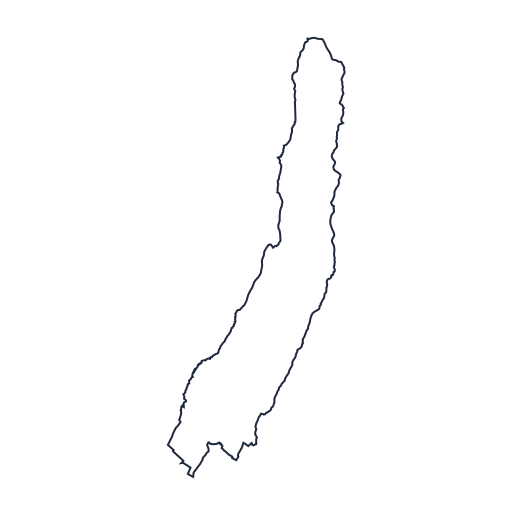 the district of Fitionesti, Vrancea, Romania, rotated 73°
{"feature_id": "2599482B51632245655784", "entity_name": "Fitionesti", "entity_type": "district", "adm_level": 2, "iso_a3": "ROU", "parent_name": "Romania", "parent_adm1": "Vrancea", "projection": "natural_earth1", "projection_center": [26.998, 46.013], "detail": "fine", "context": "isolated", "style": "outline", "palette": "slate", "viewbox_px": 512, "rotation_deg": 73, "n_neighbors": 0, "source": "geoboundaries", "source_scale": "gbopen_adm2", "svg_char_len": 6116}
<svg xmlns="http://www.w3.org/2000/svg" viewBox="0 0 512 512"><g transform="rotate(73 256 256)"><path d="M404.3,389.2L410.9,395.5L417.2,391.7L417.5,391.5L418.4,392.5L418.6,392.4L430.7,385.3L432.2,388.0L432.5,386.2L439.2,380.5L444.5,384.9L448.9,380.7L444.9,379.0L438.5,370.2L435.1,366.6L433.6,366.0L431.4,362.4L429.9,360.8L429.2,359.0L428.5,358.2L425.7,357.7L422.7,358.1L421.5,357.3L420.4,356.0L420.7,355.2L422.1,354.8L423.5,352.0L424.2,348.6L423.6,346.0L423.7,345.6L425.4,345.2L425.1,344.6L427.9,343.6L429.6,345.0L429.9,344.9L431.7,343.7L432.4,343.6L435.5,341.4L437.5,340.5L441.0,337.3L442.2,337.9L445.5,334.6L442.7,331.5L441.4,331.6L440.0,330.8L435.4,325.8L431.0,322.7L431.8,322.2L431.9,321.6L435.5,319.0L433.6,314.9L435.5,314.7L436.4,313.6L436.0,312.0L436.0,310.9L431.1,309.3L430.0,308.2L425.8,308.9L423.4,307.7L421.8,306.4L419.4,306.4L418.5,306.2L415.9,304.5L413.3,302.1L411.9,301.3L410.5,299.9L410.2,299.1L408.3,297.4L409.2,295.5L409.8,295.1L410.0,293.9L408.9,291.6L408.9,290.7L407.8,287.3L407.2,286.7L405.7,285.8L404.9,283.9L404.0,283.0L402.1,281.9L401.0,280.9L399.3,280.7L397.4,279.9L395.4,278.2L394.4,277.0L391.8,275.0L390.4,273.3L388.7,272.5L387.0,269.7L386.0,269.1L385.0,267.7L384.6,266.7L384.1,266.2L383.8,265.2L381.5,263.8L379.5,261.6L377.8,259.3L374.9,257.4L370.9,253.1L368.5,252.5L366.4,250.7L364.5,248.1L361.1,246.0L359.2,244.3L357.8,243.8L357.4,241.7L356.7,239.9L356.1,239.0L353.9,237.7L353.5,236.8L352.4,236.9L351.8,236.2L349.7,235.9L346.8,232.9L342.3,229.6L340.6,227.4L338.6,226.7L335.8,224.4L331.0,221.8L328.7,220.0L327.5,218.8L326.6,217.0L325.3,211.4L323.9,210.3L322.4,209.8L321.7,208.3L320.5,208.1L319.3,206.6L317.9,205.5L315.8,203.0L312.8,201.7L312.1,201.1L311.1,199.5L309.1,198.6L307.0,198.0L305.6,196.9L303.5,196.1L301.5,196.0L299.7,194.9L299.3,194.1L299.1,191.7L298.5,190.4L296.6,189.7L296.4,188.8L296.7,188.4L296.6,188.0L295.8,187.3L294.0,186.5L294.1,186.0L293.6,185.2L292.1,184.6L289.1,184.8L287.5,183.5L286.5,183.3L284.8,182.3L283.5,182.3L281.1,181.4L277.6,181.0L272.4,179.0L268.9,178.5L265.1,179.1L263.8,179.0L262.6,178.5L259.6,175.4L257.8,174.8L255.6,174.9L251.8,175.4L247.7,175.5L244.8,175.0L241.7,173.6L239.0,171.9L236.7,168.8L236.0,168.3L235.2,168.3L234.4,167.8L233.0,168.0L231.4,167.0L230.8,167.0L230.0,168.3L226.8,168.6L224.7,166.0L222.9,164.9L222.4,164.1L221.1,163.4L217.4,162.1L214.3,159.2L212.8,156.9L210.2,155.1L208.8,155.1L207.4,154.7L206.3,153.5L203.6,151.5L202.3,151.8L199.5,153.7L198.3,155.0L196.1,156.2L193.8,156.1L193.1,155.8L190.5,153.4L189.1,152.8L185.7,154.2L183.7,154.4L182.4,154.3L180.9,153.5L179.3,151.3L178.1,150.8L176.2,147.8L175.0,146.4L172.8,146.1L172.3,145.8L169.9,145.9L167.2,144.2L165.7,144.0L164.9,143.5L161.2,142.3L159.5,140.5L156.0,139.4L154.7,138.1L154.3,133.9L152.4,134.9L149.5,134.3L146.7,131.6L144.2,130.5L141.5,130.1L140.5,129.4L140.1,128.7L139.6,129.0L136.9,129.4L134.4,131.3L133.3,130.7L131.9,129.1L128.6,127.1L126.3,124.9L122.9,124.9L121.4,124.5L119.9,123.5L117.4,123.4L114.7,122.6L112.5,122.7L110.9,121.8L106.7,117.8L105.4,117.4L102.6,117.2L101.8,116.5L95.4,117.8L94.5,119.9L92.2,122.2L90.5,125.4L89.4,125.7L86.3,125.6L83.1,126.0L77.1,127.7L73.0,128.0L68.3,128.9L68.0,129.3L66.4,133.3L64.4,136.3L63.9,139.3L64.0,142.1L63.6,142.9L63.1,143.1L63.2,143.3L64.7,143.4L65.7,143.9L66.0,144.8L65.9,146.2L68.0,148.1L71.5,149.8L73.0,151.4L73.7,153.2L74.2,154.0L77.3,155.3L79.0,157.1L82.0,159.2L85.7,160.0L91.2,162.8L91.8,164.3L91.8,166.1L93.8,168.4L97.5,169.7L99.3,169.0L101.2,169.1L102.4,168.6L104.5,168.8L105.5,169.2L107.3,170.7L109.8,170.2L111.7,171.3L114.9,172.5L117.9,172.7L119.1,173.0L119.9,173.7L136.7,178.2L139.2,179.2L139.3,179.8L139.6,180.1L141.1,180.4L142.7,182.7L143.8,183.4L144.3,184.4L147.7,185.1L149.7,186.7L151.0,187.2L152.2,188.1L153.2,188.3L154.7,189.3L156.3,191.1L158.2,194.0L158.7,195.7L158.6,197.1L160.5,197.5L162.0,198.8L164.1,199.3L165.4,200.7L166.8,201.5L166.8,202.3L168.1,202.9L167.9,203.5L168.4,204.2L168.2,205.6L168.3,206.3L169.8,205.5L172.1,205.2L173.7,206.1L175.9,205.4L177.6,205.5L183.8,208.6L186.5,210.6L188.9,211.4L190.0,212.8L191.5,213.7L193.5,213.6L197.6,215.6L200.7,216.5L201.4,217.0L202.9,215.5L207.9,215.2L210.3,214.8L212.2,214.9L214.1,216.1L215.8,216.7L217.3,218.2L220.4,220.0L224.8,221.7L229.3,223.1L233.1,225.7L235.9,226.4L238.0,226.0L241.7,226.4L248.5,228.1L249.6,229.3L250.1,230.3L251.7,231.3L252.1,232.8L252.5,233.7L252.0,234.9L253.1,237.2L249.8,238.3L249.0,239.1L249.3,240.3L249.1,240.9L251.6,244.1L254.5,247.0L257.7,248.3L260.3,250.5L262.4,251.8L267.0,252.9L274.1,256.7L276.7,259.6L279.3,264.0L280.9,265.8L282.9,267.1L283.7,268.0L284.9,268.6L287.5,271.6L291.0,274.9L296.1,278.2L299.7,281.6L300.0,282.9L301.4,284.8L301.8,286.0L302.3,286.4L302.8,287.3L302.4,289.1L302.9,290.0L302.9,290.4L304.2,291.5L305.2,292.7L305.8,292.6L307.7,293.0L308.2,293.9L309.6,294.0L310.8,294.7L312.1,294.6L312.8,295.0L312.9,295.7L313.9,295.8L315.2,297.3L315.5,297.2L316.3,297.5L316.9,299.0L317.7,299.4L317.8,300.5L320.7,302.2L323.0,304.9L324.3,307.0L326.2,308.8L326.7,309.7L327.6,310.1L328.6,311.1L329.4,312.9L332.5,316.8L333.6,317.2L334.4,318.5L337.7,320.6L337.6,320.9L338.0,321.6L338.0,323.1L338.8,326.3L339.9,327.8L339.5,329.0L340.0,329.7L340.9,330.0L340.8,330.5L340.1,331.3L340.2,333.2L341.1,334.7L340.5,335.8L340.5,338.4L340.7,338.9L342.3,339.3L342.5,340.0L342.3,340.6L342.7,340.8L343.1,341.7L342.6,341.9L342.6,342.4L343.4,343.6L344.3,343.8L345.8,345.5L346.1,346.0L345.9,346.8L346.4,347.8L346.7,347.7L347.1,347.2L347.4,347.3L347.8,347.9L347.4,348.3L347.4,348.7L348.1,349.3L349.0,349.4L349.1,350.2L349.5,350.2L349.6,350.7L350.2,351.1L351.4,351.8L353.2,351.8L353.1,352.9L355.0,354.8L355.4,356.2L356.0,356.6L358.2,357.0L358.4,357.2L358.6,358.7L358.8,359.0L360.3,359.4L361.5,360.8L363.0,361.4L364.2,362.9L365.9,363.6L367.1,365.9L369.4,365.6L371.4,366.5L373.0,365.4L374.3,365.2L374.8,366.1L374.8,367.3L375.8,368.4L377.2,368.8L378.1,368.8L379.3,369.2L378.9,369.5L378.1,369.1L377.3,369.6L377.4,370.1L378.5,371.5L378.9,371.3L379.7,372.1L380.8,372.4L381.5,373.2L382.4,372.9L383.5,373.4L384.4,373.4L389.3,376.5L390.1,377.4L392.7,376.7L395.8,380.7L396.8,382.8L401.2,387.0L404.3,389.2Z" fill="none" stroke="#1e293b" stroke-width="2"/></g></svg>